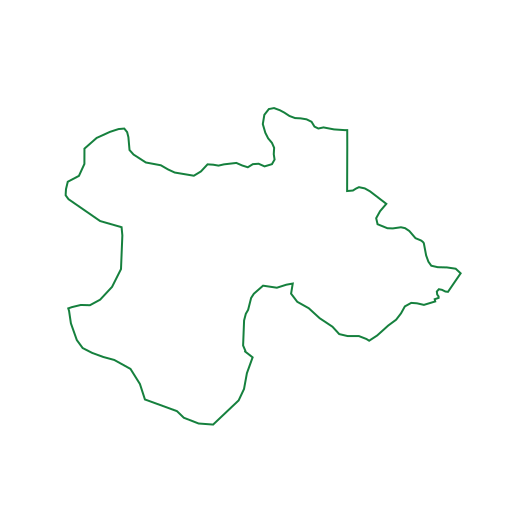 the Province of Boulgou, rotated 257°
{"feature_id": "BFA-2826", "entity_name": "Boulgou", "entity_type": "Province", "adm_level": 1, "iso_a3": "BFA", "parent_name": "Burkina Faso", "parent_adm1": "", "projection": "robinson", "projection_center": [-0.398, 11.449], "detail": "fine", "context": "isolated", "style": "outline", "palette": "green", "viewbox_px": 512, "rotation_deg": 257, "n_neighbors": 0, "source": "natural_earth", "source_scale": "10m", "svg_char_len": 2009}
<svg xmlns="http://www.w3.org/2000/svg" viewBox="0 0 512 512"><g transform="rotate(257 256 256)"><path d="M358.1,373.2L341.9,369.5L298.8,359.4L298.0,365.2L299.2,368.6L299.9,371.8L297.4,377.2L293.4,381.6L277.5,394.7L271.8,387.0L265.8,381.6L259.6,381.6L253.5,390.3L252.1,395.5L251.4,403.7L249.6,407.5L245.9,411.0L237.5,415.4L234.5,419.6L233.8,420.5L232.8,421.3L231.8,422.0L230.7,422.4L218.3,421.9L211.7,422.7L207.1,424.6L204.2,430.6L201.9,439.5L198.7,447.7L193.1,451.5L177.9,435.0L178.8,432.5L181.2,429.6L182.5,426.7L180.7,424.2L177.7,423.9L175.5,424.8L174.1,424.5L173.7,420.4L171.4,420.4L170.6,408.6L173.7,402.2L175.4,396.7L173.4,389.7L167.5,384.4L162.4,378.2L158.5,369.2L151.3,356.2L148.0,347.2L150.3,344.9L154.8,338.3L157.4,327.2L161.2,319.5L169.9,314.6L181.1,304.0L193.2,295.7L202.1,285.9L211.4,281.7L220.9,285.6L221.2,279.1L220.4,269.2L225.5,256.2L219.7,245.4L216.2,241.8L205.3,236.2L202.0,233.1L195.9,229.9L171.7,223.3L166.0,224.3L165.4,223.9L158.0,229.9L143.9,220.8L129.1,214.4L119.2,206.6L101.4,176.3L105.7,162.4L114.6,149.3L122.6,144.1L141.2,115.5L157.4,114.1L174.2,108.3L186.6,94.5L192.0,84.4L198.4,74.6L205.3,66.4L214.4,62.5L232.0,60.5L244.6,61.5L247.2,61.3L247.6,65.1L247.7,74.3L245.4,83.1L248.5,94.3L258.3,108.8L273.6,121.5L306.1,130.4L314.3,131.5L325.1,112.0L353.5,86.1L357.9,84.2L359.5,84.6L363.9,85.9L370.7,89.3L373.9,101.5L384.3,109.5L399.2,113.0L406.9,127.3L409.8,141.6L410.3,147.1L410.6,150.7L409.8,156.3L405.7,158.3L400.5,158.4L387.7,156.6L382.4,159.5L371.9,169.7L365.8,183.7L360.1,189.8L355.6,195.6L348.2,213.5L350.8,221.4L356.2,229.4L354.6,234.8L352.5,239.8L352.5,245.4L351.1,257.8L347.3,262.9L344.3,268.0L346.2,273.6L345.3,279.3L341.4,284.5L341.9,292.2L345.8,295.8L351.2,296.2L357.3,298.0L362.6,297.0L367.9,294.3L374.0,292.8L383.0,292.3L391.7,295.9L396.3,301.6L396.1,306.8L392.7,312.0L389.4,315.8L384.9,320.1L381.6,325.1L380.1,330.4L377.8,336.0L374.3,340.3L368.9,342.1L366.2,345.4L366.1,350.7L361.8,360.5L358.8,370.4L358.1,373.2Z" fill="none" stroke="#15803d" stroke-width="2"/></g></svg>